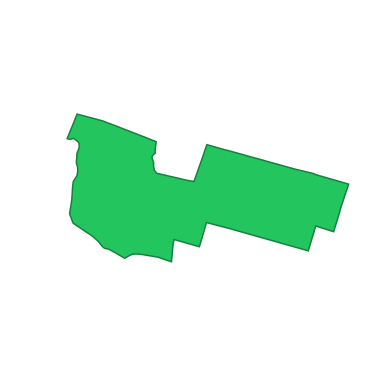 Slobozia Mandra, Teleorman, Romania, rotated 35°
{"feature_id": "2599482B21797470887303", "entity_name": "Slobozia Mandra", "entity_type": "district", "adm_level": 2, "iso_a3": "ROU", "parent_name": "Romania", "parent_adm1": "Teleorman", "projection": "orthographic", "projection_center": [24.681, 43.937], "detail": "fine", "context": "isolated", "style": "filled", "palette": "green", "viewbox_px": 384, "rotation_deg": 35, "n_neighbors": 0, "source": "geoboundaries", "source_scale": "gbopen_adm2", "svg_char_len": 1461}
<svg xmlns="http://www.w3.org/2000/svg" viewBox="0 0 384 384"><g transform="rotate(35 192 192)"><path d="M136.4,285.3L137.3,285.5L143.3,286.2L145.6,286.8L147.9,287.5L150.8,288.2L152.8,288.3L155.5,287.0L156.7,286.6L164.6,285.7L174.9,284.9L176.5,281.3L177.6,279.2L178.7,277.4L179.5,276.8L179.3,276.5L181.8,274.9L184.2,273.2L188.1,271.3L201.5,264.9L209.0,262.8L215.2,260.9L206.1,245.0L204.6,241.2L229.4,232.6L227.5,226.7L221.4,208.7L242.1,201.0L320.7,173.6L321.0,173.6L312.9,148.9L330.8,143.3L326.8,130.7L322.2,117.2L315.8,95.7L315.5,95.8L283.7,106.7L281.0,107.2L263.2,114.2L198.4,137.1L191.3,139.8L181.6,143.1L177.0,144.7L178.7,150.6L180.5,156.6L187.2,180.8L187.4,182.4L179.8,185.9L171.3,189.2L165.9,191.4L157.5,194.8L152.0,197.0L150.7,196.3L148.9,196.0L146.6,193.8L145.0,192.0L144.1,190.2L139.2,186.6L138.9,184.0L139.6,181.3L137.2,178.1L135.0,173.6L133.8,171.3L89.1,182.2L86.6,182.8L83.0,183.8L78.3,184.9L53.2,194.1L56.1,206.6L59.1,219.9L61.2,219.2L62.0,218.7L62.9,217.7L63.8,216.4L64.4,216.1L65.4,216.1L66.6,216.0L68.3,216.1L69.9,216.3L71.2,216.8L72.3,217.8L73.5,219.3L74.1,220.5L74.6,222.0L74.9,223.4L75.2,225.1L75.4,225.6L75.5,225.9L75.6,226.4L77.2,228.9L77.5,229.2L80.0,233.7L81.9,235.7L83.4,236.6L84.6,238.1L86.2,240.0L88.4,244.6L88.5,246.5L88.8,251.7L91.3,256.4L95.8,263.7L98.1,267.6L100.1,271.6L104.0,279.7L105.5,281.0L107.9,282.6L108.9,283.3L110.9,284.6L112.5,285.7L121.2,285.6L136.4,285.3Z" fill="#22c55e" stroke="#15803d" stroke-width="1.5"/></g></svg>